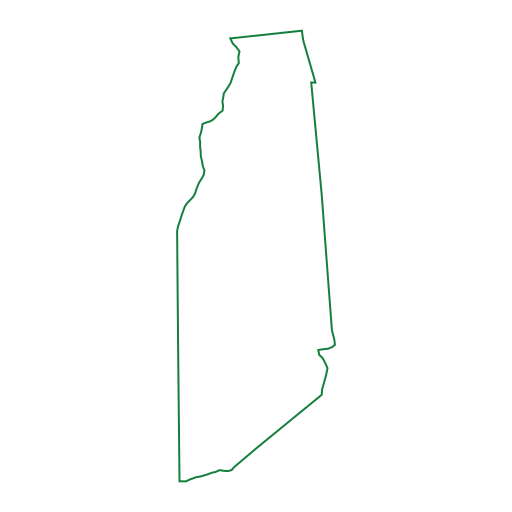 Peixe-Boi, Pará, Brazil (Equal Earth projection)
{"feature_id": "56859067B34086017458095", "entity_name": "Peixe-Boi", "entity_type": "district", "adm_level": 2, "iso_a3": "BRA", "parent_name": "Brazil", "parent_adm1": "Pará", "projection": "equal_earth", "projection_center": [-47.282, -1.125], "detail": "fine", "context": "isolated", "style": "outline", "palette": "green", "viewbox_px": 512, "rotation_deg": 0, "n_neighbors": 0, "source": "geoboundaries", "source_scale": "gbopen_adm2", "svg_char_len": 1116}
<svg xmlns="http://www.w3.org/2000/svg" viewBox="0 0 512 512"><path d="M321.7,394.8L322.1,389.5L324.7,380.2L326.2,374.7L327.5,368.2L325.7,364.0L322.8,358.3L319.2,354.8L318.3,350.0L323.2,349.2L328.2,348.7L332.2,347.0L334.9,344.9L334.4,339.9L333.3,335.6L331.9,330.1L321.7,194.6L311.2,82.5L315.4,82.6L313.0,74.1L311.8,70.0L304.0,43.1L303.0,39.1L301.9,30.7L230.3,38.4L232.8,43.6L236.1,46.8L239.5,51.4L238.3,56.9L238.8,63.1L236.4,66.7L234.6,71.1L230.4,83.3L228.4,86.6L223.9,93.2L223.2,97.5L222.4,101.7L223.1,105.9L222.6,110.6L218.5,113.7L215.6,117.2L213.0,119.7L210.0,121.4L206.2,122.5L202.5,124.0L201.8,128.8L200.7,133.6L199.4,137.5L200.2,142.6L200.1,146.9L200.7,151.5L200.8,156.1L202.1,161.7L202.8,165.9L204.4,170.6L203.7,174.9L201.8,178.4L199.4,182.0L197.8,185.5L196.2,189.7L195.0,193.6L193.1,196.9L187.1,203.2L185.0,206.1L182.1,214.0L178.0,226.8L177.1,230.8L177.7,299.2L178.2,355.1L179.5,481.3L186.0,481.3L189.6,479.6L196.2,477.2L201.3,476.3L207.8,474.3L212.2,472.6L215.2,472.1L219.7,470.1L223.4,470.8L227.9,471.1L231.5,470.1L234.4,466.9L256.3,448.3L321.7,394.8Z" fill="none" stroke="#15803d" stroke-width="2"/></svg>